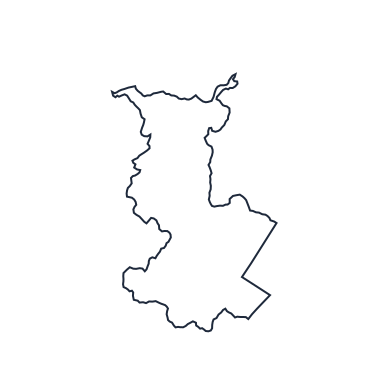 Águia Branca, Espírito Santo, Brazil (Robinson projection), rotated 213°
{"feature_id": "56859067B39883742727506", "entity_name": "Águia Branca", "entity_type": "district", "adm_level": 2, "iso_a3": "BRA", "parent_name": "Brazil", "parent_adm1": "Espírito Santo", "projection": "robinson", "projection_center": [-40.718, -18.996], "detail": "fine", "context": "isolated", "style": "outline", "palette": "slate", "viewbox_px": 384, "rotation_deg": 213, "n_neighbors": 0, "source": "geoboundaries", "source_scale": "gbopen_adm2", "svg_char_len": 3906}
<svg xmlns="http://www.w3.org/2000/svg" viewBox="0 0 384 384"><g transform="rotate(213 192 192)"><path d="M170.0,73.8L168.4,76.8L165.5,78.5L163.0,80.7L158.9,81.2L156.7,81.6L154.7,82.1L152.8,82.5L150.7,82.1L148.7,81.2L148.0,78.6L146.7,75.7L143.9,73.2L142.4,71.6L140.2,71.2L137.6,71.6L134.4,70.1L132.1,69.5L130.2,71.3L128.2,72.2L125.7,73.8L124.3,76.2L123.6,78.9L122.3,81.2L120.8,84.0L117.5,84.5L115.8,82.3L113.5,82.3L110.8,81.8L109.3,83.3L106.9,83.2L104.8,82.9L102.4,84.1L100.8,86.1L100.9,88.6L102.7,91.6L103.9,94.3L104.5,96.9L102.8,99.6L103.0,103.7L101.9,106.9L101.7,110.0L100.5,112.3L97.8,111.1L95.6,111.1L92.9,111.5L90.0,110.8L87.6,110.2L86.1,112.1L83.9,113.2L80.9,115.1L78.7,116.4L75.6,116.1L75.1,122.2L73.9,129.5L70.4,148.0L80.7,148.0L103.8,147.9L103.6,164.1L104.2,212.0L107.0,212.0L110.8,211.0L112.9,212.4L115.6,213.0L118.0,213.0L121.0,211.6L124.6,211.2L127.3,209.8L130.6,209.3L133.2,208.1L136.2,210.4L139.8,213.0L142.2,214.7L144.6,215.4L147.1,215.8L150.5,215.8L153.1,213.4L155.5,211.0L156.6,206.6L154.4,203.4L155.3,200.9L157.0,199.7L158.5,197.3L161.1,195.8L163.4,193.8L165.3,191.9L167.7,191.2L170.0,192.3L171.8,193.4L173.8,194.9L175.1,198.4L177.0,200.9L177.8,204.4L179.6,207.5L181.9,209.8L183.5,212.8L185.6,215.2L185.8,218.4L188.1,220.4L190.8,222.4L192.9,223.7L193.0,227.0L194.3,229.3L195.1,233.4L196.3,236.6L197.8,238.7L200.4,240.7L203.6,240.3L205.6,240.7L208.7,242.7L210.9,244.3L210.3,246.8L209.8,249.3L211.6,251.9L212.4,254.9L210.8,256.3L208.4,254.3L205.1,255.3L203.1,257.7L202.2,259.9L202.1,262.3L201.4,265.8L202.1,269.6L201.5,272.6L202.9,275.2L203.7,279.1L206.2,282.5L209.5,282.8L211.4,282.0L213.4,281.6L215.7,282.4L218.5,283.6L222.0,283.2L222.9,285.5L222.4,288.2L221.9,292.3L221.5,294.6L219.9,297.2L217.6,297.8L216.9,299.9L214.5,301.4L213.2,304.2L212.8,307.6L214.3,309.3L216.9,308.0L219.1,308.9L218.8,311.6L219.7,314.5L221.4,311.5L221.6,308.5L221.7,305.6L220.9,303.2L221.3,300.8L223.6,298.7L226.3,297.0L227.9,294.3L228.0,291.5L227.2,288.0L225.7,283.4L225.2,279.1L227.7,276.2L229.3,274.8L232.0,273.9L234.9,274.0L238.7,274.4L241.5,275.2L242.5,272.5L243.4,270.0L245.0,267.8L246.8,266.8L249.1,266.4L251.3,264.2L254.0,263.2L256.7,263.7L259.5,263.1L262.0,261.7L264.7,261.7L267.1,260.1L270.9,260.6L272.5,259.2L275.3,256.1L278.0,253.7L279.5,250.4L282.1,248.7L283.8,246.5L285.9,246.2L288.2,247.0L290.4,247.1L292.7,247.3L295.4,248.1L297.3,249.8L299.4,247.7L302.1,245.0L304.7,241.7L306.8,239.3L308.3,237.0L309.4,234.5L310.7,232.7L313.6,232.5L310.6,229.8L307.8,229.8L307.1,232.1L305.1,232.2L303.6,234.6L301.7,237.2L298.9,237.5L295.8,236.1L292.8,234.7L290.0,235.1L287.6,234.0L285.2,233.4L282.5,232.9L280.3,232.3L277.8,229.7L274.8,227.3L271.4,227.2L270.1,223.9L269.4,221.6L268.9,218.9L267.7,214.5L265.4,212.7L262.5,212.8L259.6,214.4L258.2,217.5L256.8,215.1L256.0,211.0L255.5,208.2L252.7,207.4L251.4,205.5L252.3,202.3L253.7,198.8L255.1,195.8L256.0,193.7L256.2,190.7L258.0,188.0L259.0,185.8L257.1,184.5L254.5,184.4L253.8,181.0L250.3,181.0L247.4,182.2L246.7,179.9L247.4,177.5L248.7,174.8L250.3,173.1L250.8,170.5L247.3,166.4L247.4,163.1L248.0,160.5L247.3,157.9L246.0,155.1L244.0,152.7L241.9,153.5L239.3,154.5L236.4,154.2L233.9,153.0L231.8,150.9L232.1,148.3L231.7,145.5L229.4,142.9L226.2,142.6L222.7,142.8L218.8,141.8L215.8,141.0L213.1,140.9L212.6,144.5L212.2,148.0L209.7,149.0L206.4,148.8L203.8,147.0L201.6,146.1L199.3,143.1L195.7,142.6L194.0,144.2L191.4,145.8L188.8,145.6L186.8,144.6L185.0,142.3L184.8,139.8L184.6,137.4L185.5,135.2L184.8,132.7L185.0,129.8L187.0,127.7L186.4,124.5L186.7,121.6L186.8,119.0L186.6,116.5L189.7,115.6L191.1,113.1L190.6,110.6L189.3,108.3L188.8,105.7L188.0,102.4L188.4,99.8L191.8,100.8L194.4,99.6L197.0,97.1L199.5,95.7L203.2,95.0L204.3,91.4L205.3,86.7L203.8,84.0L202.0,81.6L200.8,79.6L199.6,77.1L197.6,75.0L195.0,75.4L192.6,75.3L190.3,74.7L188.6,76.5L186.6,75.7L185.0,72.8L182.1,69.9L178.3,71.3L175.8,70.7L173.0,72.9L170.0,73.8Z" fill="none" stroke="#1e293b" stroke-width="2"/></g></svg>